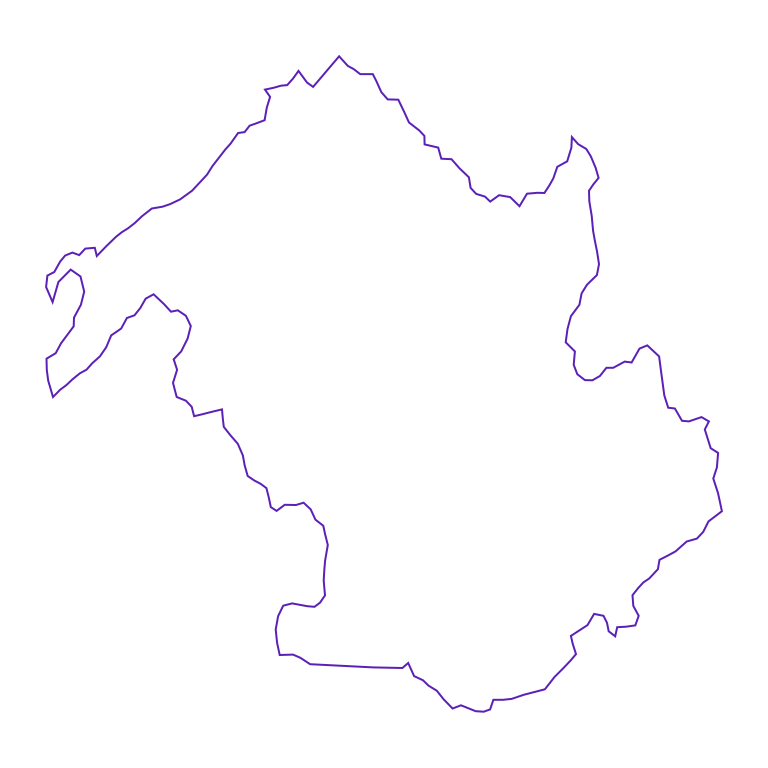 Barra do Chapéu, São Paulo, Brazil (Equal Earth projection)
{"feature_id": "56859067B85491163367944", "entity_name": "Barra do Chapéu", "entity_type": "district", "adm_level": 2, "iso_a3": "BRA", "parent_name": "Brazil", "parent_adm1": "São Paulo", "projection": "equal_earth", "projection_center": [-49.1, -24.442], "detail": "fine", "context": "isolated", "style": "outline", "palette": "violet", "viewbox_px": 768, "rotation_deg": 0, "n_neighbors": 0, "source": "geoboundaries", "source_scale": "gbopen_adm2", "svg_char_len": 3136}
<svg xmlns="http://www.w3.org/2000/svg" viewBox="0 0 768 768"><path d="M339.1,56.3L326.7,70.9L313.1,86.9L307.0,82.5L298.5,70.9L292.9,78.7L287.2,85.1L281.0,85.7L273.5,87.8L265.0,89.6L270.1,96.9L266.8,107.6L264.6,120.2L256.1,123.4L249.6,125.7L244.6,132.1L238.1,133.0L230.5,143.7L225.4,149.4L212.5,166.0L207.0,174.7L192.1,190.7L180.1,199.4L169.9,204.2L162.5,206.7L151.8,208.5L141.9,216.3L134.7,223.1L127.9,228.4L121.8,232.2L116.0,236.8L106.1,246.4L96.8,256.0L94.8,247.8L85.3,248.6L79.2,255.1L72.4,252.6L65.2,255.5L60.2,261.5L54.3,272.0L47.4,275.6L46.1,287.0L52.6,302.1L58.4,282.0L70.7,269.6L80.5,276.5L84.2,291.6L80.9,304.8L74.0,317.6L73.7,326.3L61.1,343.2L55.7,353.2L46.5,358.7L46.8,370.1L48.2,380.6L53.0,397.0L60.2,389.7L66.6,384.9L72.4,379.4L79.9,373.3L86.6,369.6L92.2,363.3L99.9,356.4L106.2,347.3L111.2,335.4L121.2,328.5L126.9,318.0L134.5,315.3L140.3,308.0L145.7,298.6L153.6,294.3L163.8,303.9L171.0,311.7L177.8,310.3L185.9,315.8L190.8,326.0L187.6,338.6L181.2,351.4L173.7,359.3L177.1,369.8L173.0,382.9L176.7,397.0L185.9,400.7L191.7,406.8L194.1,416.2L201.7,414.4L211.9,411.8L222.0,409.4L222.8,418.5L223.8,426.9L230.5,435.4L237.8,443.8L242.9,455.5L244.6,465.1L247.7,476.0L254.5,480.6L260.6,483.8L266.4,488.1L268.8,497.5L270.8,507.1L276.6,510.9L284.7,504.8L296.0,505.0L303.6,502.7L310.7,509.4L315.4,519.6L323.3,525.8L325.1,534.2L327.8,545.0L325.1,560.7L324.3,570.1L323.7,580.6L325.0,595.4L320.0,602.7L314.5,606.8L307.3,606.2L292.1,603.4L283.2,605.7L278.1,616.2L275.7,629.5L277.1,642.9L279.7,655.0L293.0,654.6L300.4,657.8L310.1,664.2L373.2,667.4L402.4,668.0L408.2,663.0L414.1,676.1L422.9,680.2L428.6,685.7L436.8,690.7L443.7,699.4L452.6,708.5L461.0,705.3L475.7,711.2L483.8,711.7L490.1,709.4L493.4,699.8L503.0,699.8L511.6,698.9L523.7,694.8L544.9,689.3L554.5,677.0L563.7,667.8L570.6,660.5L576.0,654.1L572.8,644.1L570.9,635.9L587.5,625.1L594.1,613.9L603.5,615.8L607.0,622.8L608.7,631.3L615.2,636.3L617.2,627.2L626.1,626.7L635.3,625.4L638.7,615.8L633.3,605.9L632.5,595.2L638.3,587.9L643.4,582.4L649.2,578.5L657.9,569.2L659.5,559.8L668.0,555.5L675.5,551.4L686.7,541.5L696.9,538.6L703.2,531.9L708.5,521.4L721.9,511.2L718.1,493.4L713.3,478.5L716.9,467.4L718.1,452.9L710.7,448.2L704.8,429.5L708.9,421.4L701.5,417.1L688.9,421.4L682.0,420.8L674.9,408.5L668.2,407.7L664.3,395.4L660.9,370.1L659.1,356.4L647.3,345.4L639.5,348.6L631.6,362.5L624.7,361.6L613.2,367.8L606.4,367.8L599.9,376.0L592.4,380.3L584.9,380.1L577.3,374.2L573.7,364.8L574.9,351.4L565.7,342.3L567.5,329.0L570.9,316.2L579.4,304.8L581.6,293.4L587.0,284.7L596.9,275.1L599.0,264.2L597.1,251.8L594.9,240.9L593.1,230.9L591.7,215.8L589.3,201.2L589.0,190.7L593.4,184.3L598.6,177.9L595.6,167.7L590.8,156.3L586.3,149.0L578.1,144.1L571.9,137.1L571.4,147.6L567.2,161.3L557.3,166.8L553.3,178.4L549.2,185.7L544.4,193.0L537.5,192.8L527.0,193.7L519.5,206.2L510.2,197.1L499.1,195.2L490.2,201.6L485.0,196.6L476.2,193.9L470.6,187.9L468.9,177.3L459.5,168.3L451.5,159.2L441.3,158.7L438.2,147.6L424.6,144.4L424.4,135.9L419.2,130.4L409.0,122.5L403.8,111.1L398.3,99.7L387.7,99.4L381.3,92.1L376.5,81.4L372.8,74.1L360.2,74.1L353.7,69.1L347.8,65.9L339.1,56.3Z" fill="none" stroke="#5b21b6" stroke-width="2"/></svg>